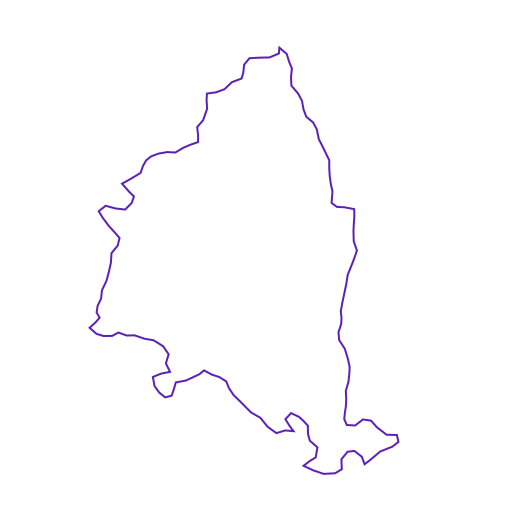 outline of São Sebastião da Bela Vista, Minas Gerais, Brazil, rotated 276°
{"feature_id": "56859067B55755332665387", "entity_name": "São Sebastião da Bela Vista", "entity_type": "district", "adm_level": 2, "iso_a3": "BRA", "parent_name": "Brazil", "parent_adm1": "Minas Gerais", "projection": "robinson", "projection_center": [-45.786, -22.166], "detail": "fine", "context": "isolated", "style": "outline", "palette": "violet", "viewbox_px": 512, "rotation_deg": 276, "n_neighbors": 0, "source": "geoboundaries", "source_scale": "gbopen_adm2", "svg_char_len": 2158}
<svg xmlns="http://www.w3.org/2000/svg" viewBox="0 0 512 512"><g transform="rotate(276 256 256)"><path d="M313.9,115.2L306.4,123.4L302.5,128.4L295.7,126.8L288.5,121.0L288.6,111.3L290.2,101.2L284.1,94.9L277.7,99.8L270.6,106.4L264.9,112.8L259.7,118.4L252.0,117.4L243.7,112.0L234.0,112.4L224.7,111.3L215.8,109.9L205.8,106.4L197.5,106.4L190.0,103.7L183.2,103.4L178.3,106.9L173.3,103.4L167.2,98.0L161.9,105.5L160.5,112.8L161.5,121.3L165.5,127.2L163.4,135.7L164.4,143.5L162.1,153.6L161.5,162.9L156.6,173.0L149.1,179.4L139.8,177.6L131.8,182.6L129.0,173.7L124.9,166.1L116.0,168.7L110.1,174.0L105.9,180.5L108.3,186.7L114.2,188.1L121.9,189.5L124.9,199.5L132.4,211.9L136.8,216.3L133.4,224.5L131.8,232.1L128.1,239.6L121.9,242.8L115.4,248.2L108.5,256.9L100.0,267.2L95.5,277.3L87.3,285.5L82.0,294.8L85.6,303.4L85.7,311.6L90.7,307.0L96.8,302.3L103.4,307.3L100.5,315.6L96.8,320.6L92.7,325.3L84.4,326.3L78.0,328.8L72.1,337.1L61.9,336.4L57.9,331.1L52.3,325.2L48.8,335.4L46.4,346.1L48.2,357.4L52.9,363.6L62.8,362.2L70.9,367.5L72.4,374.3L67.4,382.2L60.3,385.8L65.0,390.8L74.5,399.9L80.7,411.6L86.0,417.1L92.7,414.8L91.9,404.5L98.4,394.0L104.3,387.6L104.6,379.4L97.8,372.3L97.4,364.0L103.0,360.8L109.8,360.8L115.7,361.1L123.1,360.7L131.2,359.4L140.5,361.1L149.8,361.1L155.6,360.7L163.4,358.1L173.0,354.0L181.1,347.5L188.8,346.0L197.2,347.8L203.4,347.5L209.9,346.1L219.2,346.8L228.7,347.8L237.7,348.7L247.1,349.2L255.6,351.7L264.1,354.0L272.0,355.8L280.7,351.7L291.2,350.3L299.1,349.9L306.5,349.6L312.9,348.7L313.7,338.9L313.3,331.3L316.7,325.6L328.4,325.3L334.7,323.1L343.0,321.0L351.4,319.6L358.8,318.9L364.9,315.1L371.2,311.2L378.7,306.3L388.6,303.1L394.8,298.8L399.7,291.5L406.6,288.0L415.1,285.5L422.0,280.9L429.1,273.4L437.8,272.1L446.2,272.1L452.7,268.6L460.2,265.4L465.6,257.5L459.8,257.6L454.9,248.7L453.5,237.9L452.0,228.8L445.0,224.2L436.9,224.2L431.0,223.1L426.4,213.9L418.5,207.1L414.6,199.1L412.4,190.2L405.5,190.6L397.3,192.0L385.5,189.2L378.0,184.0L370.0,185.8L363.2,186.5L360.1,179.7L356.0,172.3L350.5,165.0L350.1,156.9L347.7,148.5L344.2,141.4L339.6,136.7L333.7,134.2L326.6,132.5L320.8,124.9L313.9,115.2Z" fill="none" stroke="#5b21b6" stroke-width="2"/></g></svg>